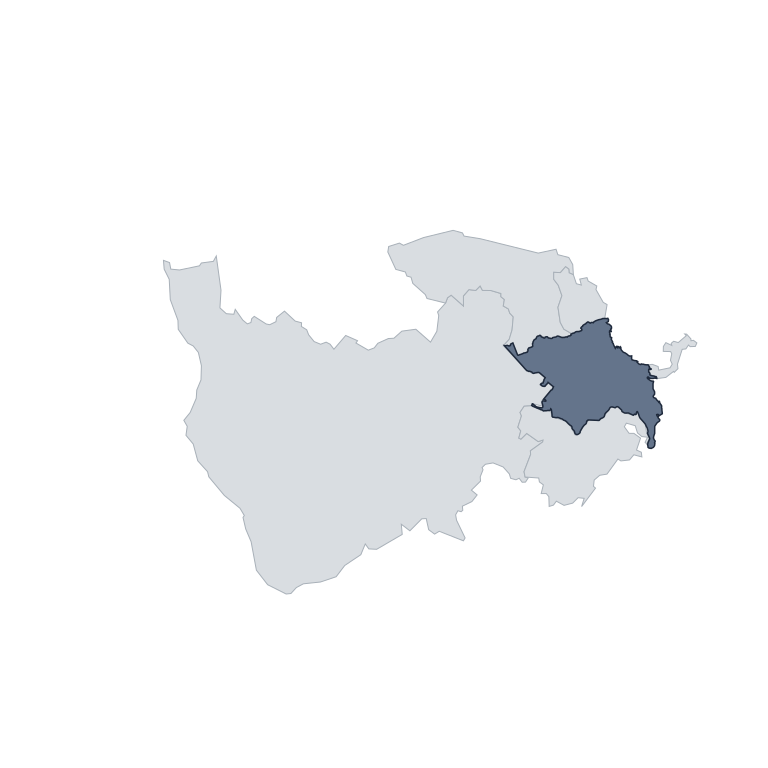 Colombia highlighted, Robinson projection, rotated 129°
{"feature_id": "COL", "entity_name": "Colombia", "entity_type": "country or territory", "adm_level": 0, "iso_a3": "COL", "parent_name": "South America", "parent_adm1": "", "projection": "robinson", "projection_center": [-72.763, 4.099], "detail": "fine", "context": "with_neighbors", "style": "filled", "palette": "slate", "viewbox_px": 768, "rotation_deg": 129, "n_neighbors": 5, "source": "natural_earth", "source_scale": "50m", "svg_char_len": 10934}
<svg xmlns="http://www.w3.org/2000/svg" viewBox="0 0 768 768"><g transform="rotate(129 384 384)"><path d="M426.7,633.2L424.6,627.1L428.9,622.0L424.1,614.7L408.3,601.8L404.9,602.1L396.1,593.8L390.1,594.9L413.7,569.7L428.1,559.4L428.6,550.8L424.3,544.6L419.6,546.6L423.2,534.0L423.3,528.1L420.0,526.1L416.5,527.9L413.1,527.4L411.5,513.3L409.8,510.1L403.6,507.2L399.8,509.3L390.0,507.2L391.0,492.6L388.3,486.6L391.3,484.4L390.5,478.2L393.2,473.5L395.0,465.0L393.0,458.3L387.9,455.3L387.0,451.0L388.5,444.8L370.4,444.3L367.0,431.8L369.8,431.6L367.6,417.5L362.1,414.3L356.2,414.4L345.9,409.2L342.2,405.1L331.7,403.4L321.4,393.7L322.2,374.2L309.8,376.1L296.4,384.5L294.3,387.7L282.4,387.1L277.0,388.9L272.7,387.7L273.4,371.3L265.6,377.7L257.2,377.4L253.6,371.6L247.3,371.0L249.3,366.4L244.1,359.8L240.1,350.1L242.6,348.1L242.6,343.6L248.3,340.4L247.4,334.6L249.8,330.9L250.5,325.8L261.4,318.5L270.5,314.8L279.1,315.3L283.6,281.0L282.1,274.8L277.9,270.9L277.9,263.1L283.3,261.3L285.2,262.4L285.5,258.3L279.9,257.2L279.8,250.4L298.4,250.7L301.5,246.9L306.0,256.7L307.8,255.4L313.1,261.1L320.5,260.4L322.3,257.1L333.3,252.8L334.4,248.2L341.2,245.2L340.7,242.9L332.6,242.0L331.7,227.9L327.4,225.1L329.2,224.2L343.8,228.2L346.5,225.7L364.0,220.0L367.5,215.8L366.2,212.8L371.2,212.3L373.4,214.8L372.2,219.6L375.4,221.2L377.6,226.2L375.0,230.0L373.5,239.2L376.7,249.6L382.6,254.7L387.2,255.2L388.3,253.1L395.6,250.8L398.7,247.9L411.5,249.3L411.6,241.8L420.0,241.7L429.6,246.2L432.6,243.3L434.7,243.7L436.0,246.8L440.6,246.0L444.2,241.9L452.6,224.1L455.9,223.6L463.7,248.4L468.8,250.2L469.1,257.6L462.0,266.5L465.0,269.8L481.8,271.5L482.1,282.3L489.4,275.2L517.1,285.7L521.7,292.0L520.1,297.9L531.2,294.6L549.7,300.3L563.9,299.9L577.9,308.8L590.0,320.9L597.3,324.0L605.4,324.5L608.8,327.9L613.2,348.1L609.0,366.0L590.2,388.0L583.7,400.2L576.4,409.6L574.1,409.8L571.2,417.7L571.1,437.9L566.4,461.7L563.2,465.9L560.9,480.4L550.7,494.5L548.5,505.6L540.7,510.3L538.2,516.7L528.1,516.7L513.3,520.9L506.5,525.7L496.0,528.8L484.7,537.4L476.3,548.1L474.5,556.2L475.7,562.1L471.0,578.3L464.2,584.2L452.9,603.2L437.8,616.8L433.1,627.1L426.7,633.2Z" fill="#d9dde1" stroke="#a8b0b8" stroke-width="1"/><path d="M279.1,315.3L270.5,314.8L261.4,318.5L250.5,325.8L249.8,330.9L247.4,334.6L248.3,340.4L242.6,343.6L242.6,348.1L240.1,350.1L244.1,359.8L249.3,366.4L247.3,371.0L253.6,371.6L257.2,377.4L265.6,377.7L273.4,371.3L272.7,387.7L277.0,388.9L282.4,387.1L290.5,404.4L288.5,408.1L287.7,424.9L284.0,430.2L285.7,434.2L283.5,437.9L287.5,446.9L279.0,464.1L274.2,466.9L264.8,460.7L264.0,456.2L245.3,445.4L221.1,427.0L217.2,418.1L218.7,414.9L210.6,400.8L185.2,346.5L171.0,335.1L174.1,330.3L169.4,320.0L172.4,312.5L179.9,305.6L181.1,310.1L178.4,312.7L178.6,316.7L186.4,317.0L190.4,322.4L195.8,318.0L197.6,310.7L203.4,301.3L214.9,297.1L225.2,285.8L228.2,278.7L226.9,270.6L229.4,269.5L243.2,282.5L248.8,293.8L255.9,295.2L261.1,292.3L264.6,294.2L270.3,293.3L277.6,298.3L271.4,309.3L274.3,309.6L279.1,315.3Z" fill="#d9dde1" stroke="#a8b0b8" stroke-width="1"/><path d="M208.2,175.4L207.0,176.9L209.2,183.3L207.4,186.5L204.3,185.7L203.1,191.0L199.9,187.9L197.9,182.0L200.3,179.2L191.4,171.9L187.2,172.5L185.3,176.3L179.4,179.4L178.4,181.6L182.9,187.5L179.0,190.5L174.5,191.0L172.9,184.6L171.7,186.4L168.5,185.8L166.6,181.4L156.2,179.5L155.9,181.8L154.8,180.2L155.8,173.9L157.2,172.6L155.3,171.0L155.2,166.7L158.9,165.7L162.3,169.6L162.1,171.9L166.8,171.5L169.4,174.1L183.9,168.4L187.1,165.2L192.3,165.8L192.0,166.9L201.5,169.1L208.2,175.4Z" fill="#d9dde1" stroke="#a8b0b8" stroke-width="1"/><path d="M359.7,204.6L367.5,215.8L364.0,220.0L346.5,225.7L343.8,228.2L329.2,224.2L327.4,225.1L331.7,227.9L332.6,242.0L340.7,242.9L341.2,245.2L334.4,248.2L333.3,252.8L322.3,257.1L320.5,260.4L313.1,261.1L307.8,255.4L304.9,244.6L298.9,238.5L303.7,233.1L298.8,220.3L299.5,212.6L303.3,203.1L299.9,201.3L283.8,203.1L277.1,193.8L271.6,192.4L259.4,193.5L257.1,189.7L254.8,188.8L254.8,178.2L251.5,170.9L246.6,170.2L250.4,156.2L256.8,149.1L259.2,143.7L265.3,141.9L265.0,144.4L259.5,145.7L262.6,150.6L262.5,156.2L258.3,162.5L261.9,171.0L266.0,170.3L268.1,162.5L265.1,158.7L264.6,150.6L276.4,146.2L275.1,141.1L278.4,137.7L281.8,145.3L288.5,145.4L294.7,151.5L295.1,155.0L313.7,154.0L319.2,158.9L326.4,160.2L331.7,156.8L331.8,154.1L354.9,153.3L346.9,156.5L350.2,161.6L357.8,162.4L365.0,167.7L366.6,176.3L371.5,176.1L375.2,178.6L367.8,185.0L367.0,188.9L370.2,192.9L362.1,196.7L362.3,201.6L359.7,204.6Z" fill="#d9dde1" stroke="#a8b0b8" stroke-width="1"/><path d="M226.9,270.6L228.2,278.7L225.2,285.8L214.9,297.1L203.4,301.3L197.6,310.7L195.8,318.0L190.4,322.4L186.4,317.0L178.6,316.7L178.4,312.7L181.1,310.1L179.9,305.6L185.0,297.6L182.9,292.9L179.3,297.9L173.6,293.2L175.5,290.1L173.9,280.3L177.2,278.7L182.6,265.0L181.9,260.6L193.7,254.0L205.0,260.0L207.3,264.6L215.4,266.1L218.1,264.4L226.9,270.6Z" fill="#d9dde1" stroke="#a8b0b8" stroke-width="1"/><path d="M265.4,140.9L263.4,141.9L259.4,143.0L258.8,143.7L256.6,148.1L254.7,149.0L254.1,149.6L252.4,152.0L252.0,153.2L250.7,155.7L250.1,158.9L249.4,163.3L248.9,164.6L247.4,167.0L246.1,169.4L246.0,169.7L246.3,170.0L247.7,169.7L248.9,169.0L249.4,169.2L249.9,170.4L250.4,170.5L250.9,170.4L251.4,170.6L252.7,175.8L255.0,178.5L255.3,179.5L255.6,181.7L254.7,183.0L254.4,186.8L254.5,187.7L254.8,188.5L255.2,188.9L257.0,189.4L258.2,192.3L258.9,193.0L260.0,193.5L262.6,193.0L264.1,193.1L266.4,193.5L267.3,193.5L268.4,193.4L270.3,192.5L271.0,192.4L271.8,192.5L272.9,192.9L274.3,193.7L275.5,193.9L276.8,193.9L277.1,194.1L283.5,202.8L284.1,202.6L284.6,202.7L285.0,203.1L285.7,202.9L286.7,202.2L288.1,202.0L290.0,202.5L292.5,202.5L295.7,202.0L297.6,201.6L298.4,201.0L299.6,201.1L301.1,201.6L302.0,202.2L302.4,203.9L302.0,204.9L301.1,206.0L300.6,207.3L300.5,208.9L300.0,210.1L299.1,210.9L298.7,212.0L298.9,213.5L298.8,215.7L298.4,218.6L298.5,220.3L298.8,220.8L299.0,221.6L299.0,222.7L299.1,223.6L299.6,224.8L300.3,227.2L300.9,228.2L301.9,229.1L303.6,232.1L303.4,232.8L303.2,233.1L301.7,234.5L298.7,237.7L298.4,238.1L298.4,238.8L299.3,238.3L300.7,238.8L300.9,239.0L301.2,239.9L302.0,240.4L302.9,241.3L303.6,242.2L304.6,243.1L304.7,243.7L304.6,244.4L305.1,245.8L305.4,246.2L305.5,246.8L305.4,247.3L305.8,248.0L306.7,250.8L306.8,251.6L307.0,252.0L307.3,253.2L307.7,254.3L307.6,255.0L307.8,255.7L306.0,256.2L305.9,256.1L305.8,255.9L305.8,251.5L305.5,250.5L303.3,246.4L302.8,246.1L302.3,246.0L301.9,246.2L301.3,246.5L300.8,247.0L298.9,249.6L298.3,249.9L297.7,250.0L297.2,250.0L296.8,249.6L295.9,247.8L295.3,247.5L295.0,247.8L294.7,249.0L295.4,250.4L284.5,250.3L283.8,250.3L283.1,249.9L282.4,249.8L282.0,249.8L281.4,250.1L280.5,250.2L280.0,250.5L279.5,250.5L279.5,257.5L280.0,257.3L280.4,257.3L280.8,257.5L281.7,257.3L283.1,257.5L283.4,257.7L283.8,257.7L284.1,257.4L284.6,257.6L285.1,258.0L285.7,259.2L286.0,259.6L286.0,260.8L285.9,261.2L286.1,261.8L286.1,262.0L285.9,262.1L284.9,262.1L284.7,261.9L284.2,261.9L283.9,261.7L283.6,261.4L283.1,261.0L282.6,261.2L281.5,261.8L281.2,261.7L280.7,261.9L279.9,262.4L277.6,262.7L277.4,270.4L277.6,271.0L278.8,272.3L279.7,273.0L280.5,273.8L281.2,274.1L281.6,274.4L281.8,274.9L282.0,275.8L281.7,276.7L281.8,277.1L282.0,277.5L282.4,278.8L283.3,279.7L283.3,280.7L283.7,281.3L283.8,281.8L283.6,282.4L283.4,284.3L283.0,286.4L278.5,314.2L278.4,314.6L277.9,313.8L277.1,313.1L276.4,312.6L275.8,310.8L274.8,310.1L274.4,310.1L274.0,310.4L273.4,310.7L273.0,310.6L271.0,309.7L277.3,298.6L277.4,298.1L277.1,297.6L275.7,297.0L275.2,296.5L274.6,296.2L274.1,295.8L273.1,295.4L272.6,295.0L271.9,294.9L271.3,294.2L269.3,292.8L268.8,292.7L267.4,293.1L266.7,293.9L265.7,294.1L264.7,294.1L264.3,293.7L263.8,293.5L263.2,292.9L261.4,292.1L260.9,292.3L259.2,294.0L258.5,294.0L257.7,294.6L256.9,294.8L255.2,295.1L253.0,294.3L252.2,294.7L251.3,294.9L250.6,294.9L250.0,294.7L249.6,294.2L248.0,293.5L247.8,292.7L248.3,291.4L247.6,288.7L247.3,288.2L246.9,288.0L246.1,288.2L245.3,287.7L244.8,287.2L244.5,286.6L244.8,285.5L244.5,284.6L244.0,284.0L243.7,283.1L243.1,282.4L242.5,282.0L241.8,282.1L241.3,281.8L240.6,281.1L240.1,280.8L239.4,280.0L238.2,279.7L237.6,279.4L236.8,278.1L236.8,277.6L236.6,277.2L236.0,275.2L235.5,274.5L234.1,272.9L232.7,272.1L232.3,271.1L231.5,271.1L230.9,270.9L230.4,270.6L229.1,269.5L228.3,269.4L227.7,270.1L226.0,269.3L224.5,268.2L223.0,267.9L222.0,267.3L220.6,265.5L220.2,265.2L218.3,264.2L217.9,264.1L217.2,264.5L216.9,264.8L216.8,266.1L216.2,266.4L215.1,266.3L214.4,266.0L213.9,266.0L213.6,266.3L213.0,266.2L211.3,265.7L210.3,265.1L209.8,265.2L208.6,265.0L207.6,264.7L207.3,264.3L206.9,262.0L206.8,261.9L205.6,261.5L205.2,261.1L204.7,259.9L203.5,260.0L201.5,259.2L198.9,257.6L197.0,256.0L195.3,255.1L194.8,254.3L193.7,253.2L193.4,252.5L192.1,251.4L192.7,250.0L194.3,249.0L196.4,249.8L196.6,248.2L195.9,246.7L196.0,244.0L196.2,243.5L196.8,242.8L197.5,242.3L197.9,242.1L198.6,242.4L199.0,241.8L200.7,242.1L201.2,241.8L202.0,241.2L202.5,240.5L202.8,239.8L203.1,239.5L203.6,239.6L203.7,239.3L204.0,238.8L205.0,237.9L205.0,237.4L204.7,236.5L204.8,236.1L206.1,235.7L207.4,232.9L208.0,232.8L208.3,231.4L209.1,230.2L210.7,226.7L210.2,226.8L209.8,227.2L209.4,227.2L208.9,226.9L209.0,225.3L208.8,225.1L208.0,226.4L207.3,225.1L207.3,224.3L207.6,223.6L207.5,223.1L206.4,223.5L206.5,223.0L207.2,222.5L207.5,222.0L208.0,221.5L208.3,220.6L208.7,218.0L208.5,217.3L208.2,216.7L207.9,214.1L208.0,212.6L207.9,211.5L207.6,210.5L206.3,209.2L208.3,207.7L209.1,206.5L208.2,204.2L207.0,202.3L206.9,201.1L207.3,201.2L207.7,201.2L208.0,198.7L207.9,198.0L207.3,196.7L206.5,196.7L205.7,195.1L205.3,194.8L205.0,193.8L203.8,191.9L202.9,190.9L203.6,188.6L204.2,188.2L204.4,187.6L204.2,186.2L204.2,185.8L204.4,185.7L204.5,185.7L204.8,185.9L205.2,186.5L205.6,187.3L205.9,187.5L206.4,187.3L208.1,185.8L208.0,185.3L208.2,184.4L208.8,183.6L209.4,183.3L209.6,182.9L209.5,182.2L208.8,180.6L208.2,179.7L207.8,178.8L207.6,178.0L207.0,177.2L207.2,176.5L207.8,175.6L208.0,175.5L209.0,177.3L210.3,178.3L211.6,179.9L212.1,181.0L212.5,181.2L212.9,181.6L212.7,181.9L212.3,182.2L212.2,182.9L212.5,183.3L212.8,183.5L213.5,183.3L213.9,182.6L213.7,179.2L213.2,177.6L212.7,177.1L212.3,176.4L212.6,175.9L213.4,175.7L214.5,175.1L218.4,171.9L219.7,168.9L220.8,167.9L221.9,167.2L223.3,167.3L224.4,166.9L224.8,166.0L224.5,164.7L224.1,163.9L224.5,162.8L224.9,161.1L224.9,159.7L225.4,158.8L225.2,158.5L224.4,159.2L223.8,159.5L225.3,157.5L225.9,155.3L226.3,154.4L227.9,153.2L228.2,152.6L229.4,151.6L231.3,149.6L232.0,149.0L235.7,150.3L236.9,150.3L236.7,150.5L236.1,150.6L235.3,150.9L235.1,151.7L235.6,152.5L236.2,152.8L236.7,152.2L237.2,150.7L237.9,149.1L238.1,147.4L238.7,146.8L239.5,146.6L242.0,147.3L243.1,147.3L246.5,147.0L252.1,142.5L254.7,141.6L256.4,140.6L257.4,138.8L257.7,137.4L258.4,136.9L259.2,136.9L259.6,136.5L259.7,136.1L261.7,134.9L262.8,134.8L263.7,134.8L265.9,135.8L267.0,137.7L267.1,138.9L265.7,140.3L265.4,140.9ZM200.8,241.5L200.5,241.7L200.0,241.3L199.9,240.8L200.2,240.4L200.5,240.5L200.7,240.8L200.8,241.5Z" fill="#64748b" stroke="#1e293b" stroke-width="1.5"/></g></svg>